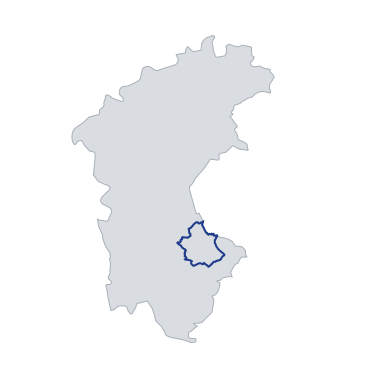 Kindia, Kindia, Guinea shown in context, rotated 255°
{"feature_id": "49546643B82751767083924", "entity_name": "Kindia", "entity_type": "district", "adm_level": 2, "iso_a3": "GIN", "parent_name": "Guinea", "parent_adm1": "Kindia", "projection": "orthographic", "projection_center": [-12.699, 10.108], "detail": "fine", "context": "in_parent", "style": "outline", "palette": "blue", "viewbox_px": 384, "rotation_deg": 255, "n_neighbors": 0, "source": "geoboundaries", "source_scale": "gbopen_adm2", "svg_char_len": 6853}
<svg xmlns="http://www.w3.org/2000/svg" viewBox="0 0 384 384"><g transform="rotate(255 192 192)"><path d="M234.7,250.6L231.6,250.2L230.3,250.8L226.3,255.6L223.9,257.5L220.1,256.9L218.7,257.3L217.7,256.7L219.1,254.1L221.0,248.9L225.9,243.6L226.0,242.6L224.0,239.5L221.8,235.4L221.8,230.9L221.4,227.7L217.0,226.8L216.2,226.3L216.1,225.2L218.5,219.6L218.7,218.5L218.4,217.5L215.7,214.6L211.4,209.4L204.2,198.6L201.5,196.4L198.9,193.1L197.9,191.0L195.2,190.2L170.0,190.5L169.6,193.3L160.9,195.2L155.6,193.0L149.6,194.3L146.7,195.7L144.5,202.1L143.2,203.4L141.9,206.2L140.8,207.8L139.5,210.9L136.7,215.3L133.7,218.2L128.6,219.8L127.0,224.4L125.9,226.2L123.9,227.5L121.8,228.4L117.7,227.5L115.4,228.3L115.0,227.2L116.3,223.5L115.3,221.5L111.3,217.7L111.0,215.8L109.7,213.4L104.5,208.5L99.7,208.8L101.0,204.6L101.0,199.1L99.3,196.1L99.8,193.1L98.9,193.2L97.2,195.4L94.6,194.7L89.3,191.4L86.7,188.2L86.4,185.5L85.8,184.4L84.2,185.0L80.8,184.9L70.7,180.1L63.6,168.0L63.5,165.2L64.5,160.5L64.3,159.3L61.0,162.4L60.4,160.3L57.9,155.4L57.2,152.6L54.7,151.3L52.8,151.1L51.3,152.0L49.3,157.7L47.8,157.6L46.3,156.4L46.7,152.2L50.6,146.9L57.2,133.6L59.5,130.6L61.0,129.5L64.0,129.4L70.0,127.6L77.4,123.5L83.0,123.9L89.7,123.4L98.3,120.6L98.4,111.6L98.2,109.6L95.1,107.8L93.3,106.2L91.8,104.2L89.9,102.8L90.0,101.3L93.8,99.4L97.3,99.5L98.5,98.7L99.4,97.4L100.4,94.2L100.8,90.8L98.5,86.2L98.6,83.0L111.3,83.5L118.2,84.4L123.9,84.6L124.8,85.4L124.0,88.5L124.7,90.4L126.7,90.9L129.8,88.7L131.5,89.2L135.1,91.9L138.4,92.7L142.0,94.2L145.4,95.0L148.4,94.9L150.7,96.4L154.9,96.9L160.3,94.9L164.6,94.1L170.6,93.8L173.8,94.5L183.0,92.9L190.2,93.7L189.1,94.8L185.8,102.0L186.2,103.3L193.6,109.3L195.3,109.7L197.3,108.9L200.5,106.1L202.9,103.0L205.3,101.5L208.1,101.6L210.4,103.8L215.6,112.7L217.0,113.9L218.2,113.8L220.5,112.1L221.6,110.2L226.4,104.2L233.9,101.2L251.7,107.8L254.4,108.3L255.9,107.8L258.1,103.7L264.7,100.3L267.9,99.3L269.8,99.1L270.4,98.0L270.8,96.4L270.4,94.7L268.3,91.7L268.2,90.8L269.4,90.2L271.9,89.7L275.2,90.0L278.9,91.2L282.0,93.1L283.8,95.4L287.2,104.8L291.1,112.2L291.0,122.2L292.7,123.2L294.5,123.6L295.4,124.4L297.3,128.5L299.0,129.7L301.1,129.9L305.0,132.5L307.5,133.5L307.8,134.3L307.7,135.4L306.8,136.8L303.1,139.6L301.3,142.0L297.6,147.7L297.5,148.8L298.3,149.5L299.9,149.6L301.6,149.2L305.0,147.1L307.8,147.8L310.4,149.4L311.4,151.0L311.7,153.1L311.1,155.9L311.1,159.0L312.1,164.3L313.5,169.5L314.9,171.5L323.8,176.0L324.7,177.7L325.1,179.7L324.5,182.4L323.7,183.9L318.9,188.1L318.2,190.0L318.6,193.7L319.2,209.2L321.1,211.8L323.4,213.1L328.7,212.2L328.6,216.5L327.9,221.4L331.1,222.8L332.7,224.3L333.5,225.6L328.7,228.2L327.3,229.8L326.7,233.8L326.9,237.5L333.5,240.1L336.1,243.1L337.2,246.3L337.7,252.4L337.1,253.8L335.4,253.9L332.0,250.2L326.9,249.9L323.1,249.2L316.8,249.8L315.7,250.9L315.0,259.0L316.6,260.4L319.6,261.9L321.6,262.5L323.3,262.3L324.6,263.3L324.9,265.9L324.0,267.9L322.4,269.7L320.3,274.4L320.8,278.7L317.3,285.6L316.3,286.9L311.5,285.7L308.4,285.2L306.2,287.0L303.1,284.4L302.5,282.3L301.4,281.9L299.3,281.9L297.4,283.1L296.6,285.3L296.2,289.7L292.7,293.9L290.3,299.1L287.5,298.6L286.9,299.2L283.9,300.6L281.3,301.0L280.6,299.7L279.1,298.6L277.4,296.4L275.5,294.6L271.8,293.4L270.4,294.0L268.6,293.9L267.5,293.2L267.6,292.1L269.5,289.4L270.6,286.9L271.2,284.2L271.2,281.6L270.1,278.0L268.4,275.1L268.0,273.4L268.2,271.0L267.8,268.8L267.3,267.7L266.5,263.5L265.5,262.7L264.9,259.4L265.0,255.9L263.6,254.6L261.4,253.7L260.1,252.4L259.2,250.9L258.4,250.4L257.8,250.5L257.1,251.5L256.4,251.7L255.1,248.5L254.5,248.3L253.6,249.1L243.4,252.8L242.0,249.7L240.1,249.2L236.7,250.4L234.7,250.6Z" fill="#d9dde1" stroke="#a8b0b8" stroke-width="1"/><path d="M122.5,206.8L122.7,207.0L123.3,207.0L124.0,206.7L125.9,205.2L128.0,203.8L130.1,202.5L130.7,202.3L132.4,201.7L133.2,201.4L134.1,201.3L135.0,201.3L136.9,200.9L137.2,200.9L138.8,201.3L139.7,201.6L140.3,202.4L141.3,203.4L141.8,203.5L142.1,203.8L142.5,204.7L143.1,204.9L143.4,205.0L143.4,204.9L143.3,204.6L143.2,204.1L143.2,203.8L143.3,203.7L143.5,203.7L143.7,203.9L143.8,203.9L143.8,203.5L144.0,203.2L144.1,202.9L144.1,202.6L144.1,202.1L144.5,202.1L144.9,201.9L145.2,201.6L145.3,201.4L145.6,201.9L145.8,202.0L146.0,202.0L146.0,201.8L146.0,201.7L145.7,200.8L145.8,200.6L146.4,200.5L146.5,200.4L146.4,200.3L146.0,200.1L146.3,199.7L146.3,199.2L146.7,198.7L146.8,197.9L147.1,197.8L147.2,197.2L146.9,197.0L146.8,196.9L146.7,196.8L146.8,196.7L147.6,196.0L148.5,196.0L148.6,195.9L149.0,195.6L149.2,195.1L149.5,195.0L151.0,194.7L151.9,194.5L152.1,194.4L152.6,194.4L155.1,193.9L156.1,193.6L157.6,193.2L158.0,193.5L158.4,193.9L159.5,194.3L160.3,194.9L160.5,195.0L160.2,192.8L159.9,192.1L159.7,191.2L160.0,190.2L161.1,189.9L161.4,189.2L161.6,188.7L161.2,187.1L161.0,186.6L160.7,186.2L160.3,185.2L160.0,184.8L159.2,184.1L158.8,183.2L158.8,182.9L158.5,182.5L158.2,182.3L157.9,182.0L157.5,181.1L157.6,180.7L157.4,180.2L157.5,179.8L157.4,179.4L157.2,179.3L156.9,179.2L156.3,179.1L155.8,179.2L155.3,179.2L153.4,178.7L153.0,178.8L152.2,179.6L151.8,179.6L151.3,179.4L150.7,179.4L150.1,179.3L150.0,179.2L150.0,178.8L149.8,178.1L149.5,177.4L149.2,177.3L149.0,175.8L149.0,175.5L149.6,174.8L150.3,172.0L150.9,171.3L150.7,170.9L150.3,170.5L149.9,170.5L149.6,170.2L149.0,170.2L148.7,169.9L148.9,169.1L148.4,168.4L148.1,168.2L147.4,168.3L147.1,168.3L146.8,168.0L146.7,167.8L146.5,167.6L146.4,167.2L146.5,166.0L147.1,165.4L146.9,165.1L146.6,164.7L146.1,164.9L145.8,165.3L145.4,165.4L145.0,165.7L144.4,166.1L143.9,166.8L143.5,167.0L142.5,167.7L142.1,167.9L141.8,167.8L141.3,167.8L141.2,167.9L140.9,168.0L139.4,169.4L138.9,169.7L138.8,169.9L138.2,170.6L137.9,170.8L137.1,170.9L136.8,170.7L136.7,170.4L136.6,170.2L136.3,170.3L136.0,170.0L135.7,169.5L135.0,169.5L134.8,169.1L134.3,168.8L133.8,168.8L133.3,169.0L132.8,168.9L132.4,168.6L132.1,168.4L131.7,168.3L131.0,169.0L130.3,169.5L130.1,169.6L129.1,169.4L129.0,168.9L128.9,168.2L128.8,167.8L128.6,167.9L128.2,168.4L128.0,169.1L128.0,169.5L127.9,169.9L127.2,171.1L126.8,171.8L126.6,172.4L126.5,172.5L126.2,172.8L126.0,173.2L125.2,173.9L124.9,173.6L124.3,173.1L123.5,172.8L123.0,172.7L122.2,173.0L121.5,173.4L121.0,174.0L120.3,174.3L120.2,174.5L120.4,175.8L120.5,176.4L120.7,177.6L121.0,178.2L121.0,179.0L121.2,179.7L121.3,179.9L121.3,180.3L121.1,180.8L121.0,181.5L120.5,182.5L120.1,183.0L119.7,183.1L119.4,183.8L119.5,184.3L119.8,184.8L120.2,185.0L120.2,185.5L118.2,186.7L117.9,187.2L117.6,187.3L117.1,187.6L116.9,188.0L116.6,188.2L115.8,188.3L115.5,188.7L115.9,189.7L116.4,190.7L116.8,191.7L117.1,192.1L117.6,192.4L117.5,192.9L118.2,193.9L118.7,194.3L119.0,195.0L118.8,195.8L118.5,196.4L119.0,197.3L119.1,197.8L118.9,198.1L118.9,198.4L119.2,199.1L119.3,199.5L119.0,200.4L119.1,201.6L119.5,202.0L119.7,202.8L120.2,203.1L120.4,203.1L121.8,204.7L122.1,205.3L122.2,205.9L122.4,206.1L122.5,206.8L122.5,206.8Z" fill="none" stroke="#1e3a8a" stroke-width="2"/></g></svg>